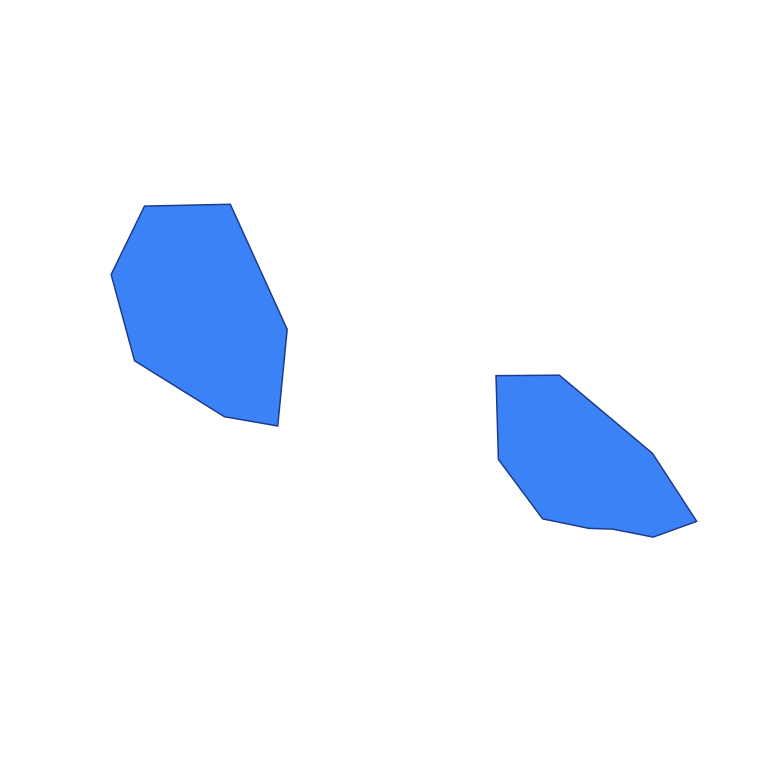 the Unitary Single-Tier County of Isles of Scilly, rotated 151°
{"feature_id": "GBR-5988", "entity_name": "Isles of Scilly", "entity_type": "Unitary Single-Tier County", "adm_level": 1, "iso_a3": "GBR", "parent_name": "United Kingdom", "parent_adm1": "", "projection": "orthographic", "projection_center": [-6.319, 49.937], "detail": "fine", "context": "isolated", "style": "filled", "palette": "blue", "viewbox_px": 768, "rotation_deg": 151, "n_neighbors": 0, "source": "natural_earth", "source_scale": "10m", "svg_char_len": 388}
<svg xmlns="http://www.w3.org/2000/svg" viewBox="0 0 768 768"><g transform="rotate(151 384 384)"><path d="M497.3,398.8L539.4,432.7L590.9,525.2L569.6,612.0L507.2,655.7L431.3,615.7L442.2,478.7L497.3,398.8ZM274.8,158.4L310.6,189.1L320.5,262.6L282.0,337.0L226.4,306.7L182.8,193.1L177.1,112.3L222.8,119.6L254.5,146.3L274.8,158.4Z" fill="#3b82f6" stroke="#1e3a8a" stroke-width="1.5"/></g></svg>